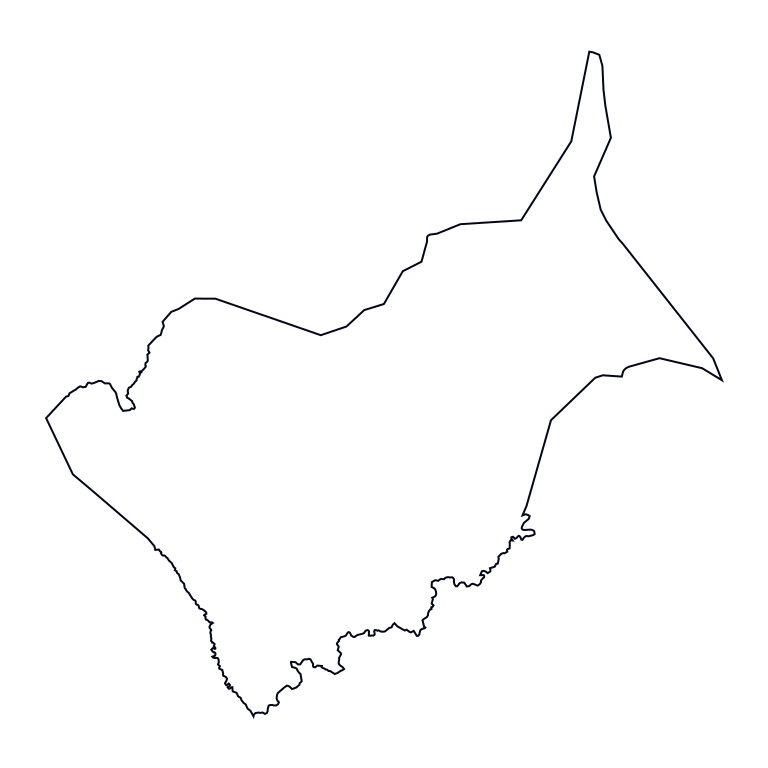 Santo Domingo Teojomulco, Oaxaca, Mexico (Mercator projection)
{"feature_id": "50627088B59545948667836", "entity_name": "Santo Domingo Teojomulco", "entity_type": "district", "adm_level": 2, "iso_a3": "MEX", "parent_name": "Mexico", "parent_adm1": "Oaxaca", "projection": "mercator", "projection_center": [-97.3, 16.59], "detail": "fine", "context": "isolated", "style": "outline", "palette": "ink", "viewbox_px": 768, "rotation_deg": 0, "n_neighbors": 0, "source": "geoboundaries", "source_scale": "gbopen_adm2", "svg_char_len": 6106}
<svg xmlns="http://www.w3.org/2000/svg" viewBox="0 0 768 768"><path d="M253.5,716.3L253.9,714.5L255.6,713.0L258.6,712.6L260.6,712.9L262.6,712.5L265.0,713.9L267.0,712.9L267.6,711.2L267.9,708.3L268.7,705.6L269.5,705.2L272.2,704.9L273.9,705.5L276.2,705.4L278.0,704.2L278.9,702.4L278.4,701.5L277.6,701.0L276.6,698.5L277.1,694.6L277.9,693.0L284.0,687.7L286.8,685.7L287.8,685.8L289.6,686.6L292.1,689.1L296.3,687.5L299.4,684.8L299.7,683.1L300.8,682.3L301.7,681.1L300.5,674.0L298.9,672.6L297.5,670.6L296.9,668.9L295.5,667.9L292.0,667.0L290.9,662.4L291.1,661.8L295.5,662.2L298.0,664.4L300.1,664.4L303.3,660.0L304.3,659.4L307.1,659.3L309.0,658.8L310.4,659.3L313.1,664.0L312.9,665.6L313.2,666.6L313.8,667.2L315.1,667.3L317.4,665.6L321.9,666.0L321.6,667.1L322.6,667.9L324.9,668.8L325.4,669.4L327.1,669.7L328.6,671.0L330.3,671.1L334.7,674.0L337.5,673.0L341.0,670.6L341.7,670.6L344.1,669.0L342.4,666.9L341.1,666.2L339.2,664.5L338.6,662.9L339.2,659.2L339.1,657.8L341.1,654.2L340.8,653.1L337.7,650.2L338.6,647.4L338.6,646.5L336.9,644.1L337.2,642.9L339.0,640.9L338.7,640.0L339.8,638.9L340.7,637.3L344.1,636.4L345.8,635.6L347.9,632.4L348.9,632.1L349.5,632.5L350.2,633.2L351.2,635.5L353.6,637.0L354.7,636.9L357.4,635.0L362.8,633.7L364.2,632.9L365.1,631.4L366.3,630.4L367.3,630.1L368.3,630.3L369.0,631.3L368.8,635.6L370.1,635.8L371.2,635.5L373.5,635.5L374.3,635.0L374.7,634.3L374.2,631.2L374.6,630.3L375.6,630.0L377.7,630.7L378.8,630.4L380.2,631.3L381.9,631.7L383.8,631.7L385.3,631.2L389.3,627.9L391.6,627.3L392.8,624.7L394.5,623.2L397.3,626.3L404.5,630.4L405.6,630.3L406.6,629.7L409.4,631.8L410.9,632.4L413.7,630.9L416.8,635.9L418.1,635.9L419.3,634.6L420.0,631.1L420.8,629.7L422.5,628.8L424.8,628.2L425.3,627.5L424.2,626.9L422.5,620.3L423.3,619.4L426.8,617.1L427.9,615.4L428.1,613.2L428.9,611.2L430.0,609.6L431.5,609.1L431.3,607.3L432.5,606.9L433.5,605.3L431.6,603.5L432.9,599.2L432.2,597.8L435.0,596.4L436.0,595.1L436.2,593.6L436.0,591.5L435.0,589.1L433.9,588.1L431.6,586.9L431.9,582.1L435.1,580.2L438.2,580.8L440.7,578.9L444.0,579.2L445.0,578.2L446.1,577.5L448.3,577.1L450.0,577.5L452.2,577.3L453.3,578.1L454.0,579.3L453.9,582.0L454.4,584.2L455.8,586.2L457.1,586.3L458.4,584.9L459.2,583.6L460.1,582.9L461.5,582.4L464.3,582.7L466.8,586.5L469.2,586.1L471.3,584.2L472.9,583.7L477.6,585.6L479.2,584.6L480.2,583.6L481.0,582.1L481.0,580.6L483.0,578.1L484.1,577.4L484.2,576.1L483.7,575.1L480.2,575.2L481.8,571.4L483.3,570.8L485.7,571.5L487.6,573.1L490.3,571.5L490.4,569.8L489.9,568.2L494.6,566.8L496.2,563.9L497.8,563.6L498.7,559.0L498.4,556.8L501.1,553.9L503.2,553.1L504.5,553.3L507.3,551.7L507.0,549.8L507.5,549.1L509.6,548.5L509.8,543.5L509.5,542.3L510.7,540.2L512.7,540.5L511.4,538.3L511.3,537.3L513.1,536.8L514.9,538.8L516.6,537.9L518.5,535.8L519.4,536.0L520.4,537.2L521.3,539.6L522.4,539.9L524.0,537.6L525.5,536.3L526.7,536.0L528.4,536.3L533.0,535.2L534.6,534.2L534.4,531.9L533.7,530.6L530.9,529.6L524.1,530.0L522.6,529.6L521.8,528.7L521.8,527.1L523.9,522.9L528.8,518.8L529.7,516.1L527.7,514.8L525.5,514.3L522.5,515.4L526.5,506.0L551.0,420.2L595.3,377.7L602.8,375.3L621.8,376.6L623.0,371.9L623.9,370.2L626.0,368.2L628.7,366.8L659.5,358.2L702.1,368.2L721.9,380.2L713.2,358.4L622.6,243.5L618.7,239.2L606.1,220.4L600.7,209.7L596.7,192.5L594.1,176.4L610.9,137.8L605.3,105.4L603.5,89.8L602.4,65.8L599.3,54.8L592.9,52.3L589.3,51.7L571.3,141.3L521.2,220.3L460.4,224.2L436.9,233.7L429.9,234.6L428.2,235.6L427.3,236.7L427.0,238.3L427.1,241.3L421.5,261.7L402.8,271.2L383.9,304.0L364.2,310.1L346.5,326.5L320.8,335.2L215.4,298.7L194.8,298.6L178.5,309.0L171.2,311.9L162.6,321.8L163.9,326.2L161.8,330.5L161.3,333.0L160.6,335.0L157.9,336.1L155.9,337.5L148.3,345.6L148.5,347.7L148.1,350.2L149.5,352.7L147.4,354.6L147.8,360.4L147.2,361.8L145.5,363.1L145.3,365.1L145.8,365.8L145.7,366.7L144.0,368.9L141.7,371.1L141.4,372.4L141.0,372.4L140.5,371.5L140.0,371.3L139.3,371.7L140.0,373.9L138.8,376.7L137.4,376.8L137.3,377.8L136.6,379.0L136.6,380.5L135.4,381.4L133.4,384.2L132.5,384.8L130.9,386.9L128.9,387.7L127.7,390.3L128.1,393.7L126.4,395.7L127.3,397.9L128.2,398.1L132.1,401.1L132.5,402.8L133.8,404.3L134.9,407.7L133.9,409.0L131.5,408.4L129.8,410.1L123.1,410.9L120.9,408.0L119.4,405.3L116.8,396.7L116.3,393.9L115.6,392.3L111.9,387.8L110.0,384.0L109.5,383.5L108.1,383.3L105.0,383.4L101.6,381.2L98.9,380.9L95.0,382.6L91.7,383.6L89.2,382.6L87.7,383.1L85.7,386.8L83.0,387.3L80.2,386.3L77.7,387.8L76.3,389.2L69.5,393.3L68.4,396.1L66.2,396.5L46.1,418.1L72.9,474.4L90.4,489.1L147.9,538.4L154.4,546.2L155.3,549.9L158.9,549.6L159.9,551.2L160.8,551.6L161.3,552.3L160.9,553.0L162.0,555.0L163.0,555.6L164.2,555.4L165.2,555.9L165.8,556.8L167.6,558.4L168.9,560.5L171.7,563.0L173.8,567.2L175.3,568.3L174.8,570.2L176.6,571.2L176.9,572.7L178.7,574.2L180.0,577.4L180.7,580.4L184.1,583.8L184.6,587.5L185.0,588.5L185.6,588.8L186.2,590.3L187.3,591.7L188.7,592.8L192.4,598.7L193.7,599.9L195.1,600.5L195.7,601.3L195.8,603.6L196.5,604.6L197.7,604.8L198.6,605.7L199.2,608.2L200.6,609.0L201.8,609.0L203.5,610.0L205.4,611.5L206.2,612.5L206.4,613.7L204.4,614.8L204.1,615.3L205.6,616.5L205.4,618.1L205.6,618.9L206.0,619.6L206.9,619.7L208.2,620.7L209.6,622.4L211.8,622.3L212.8,623.0L210.5,624.6L209.4,627.0L209.9,628.3L211.1,629.6L211.2,630.4L210.8,630.6L210.3,632.6L210.9,634.6L210.9,637.1L211.4,638.2L211.0,640.9L211.9,641.7L212.1,642.5L212.7,642.5L214.5,643.8L214.6,644.3L213.6,646.8L213.9,647.2L215.0,647.3L215.4,648.0L215.3,648.7L214.5,648.9L213.5,648.2L212.6,648.4L211.3,649.6L212.0,650.8L213.6,652.4L214.4,652.2L215.3,653.1L215.5,654.0L215.1,655.6L212.3,656.7L213.0,657.5L214.5,658.0L217.0,657.9L217.8,658.2L218.6,659.6L218.8,662.4L218.0,664.3L218.3,664.9L219.8,665.9L219.8,666.5L219.1,667.9L219.3,668.7L222.3,670.0L223.2,673.7L223.0,674.9L223.4,675.8L225.8,676.9L226.9,678.4L226.9,679.2L226.1,681.6L225.4,682.3L225.0,683.3L225.9,684.9L226.3,685.2L228.8,683.6L229.8,684.7L230.0,685.5L229.3,686.3L228.0,686.7L227.6,687.3L228.9,688.7L229.6,688.7L231.8,687.2L232.4,687.2L232.6,691.0L233.0,691.5L236.6,692.8L237.9,695.9L238.7,696.8L240.6,697.7L241.5,700.2L243.6,702.9L245.7,704.4L247.5,708.5L250.5,710.9L253.5,716.3Z" fill="none" stroke="#020617" stroke-width="2"/></svg>